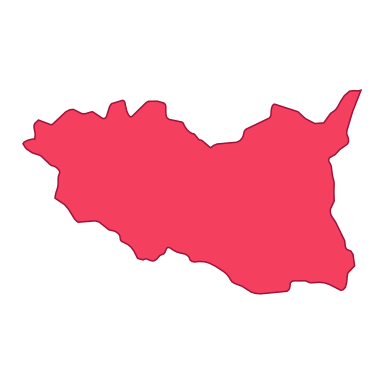 map outline of Pardubický (Mercator projection)
{"feature_id": "CZE-10373", "entity_name": "Pardubický", "entity_type": "Region", "adm_level": 1, "iso_a3": "CZE", "parent_name": "Czechia", "parent_adm1": "", "projection": "mercator", "projection_center": [16.129, 49.893], "detail": "fine", "context": "isolated", "style": "filled", "palette": "rose", "viewbox_px": 384, "rotation_deg": 0, "n_neighbors": 0, "source": "natural_earth", "source_scale": "10m", "svg_char_len": 2859}
<svg xmlns="http://www.w3.org/2000/svg" viewBox="0 0 384 384"><path d="M297.9,111.7L305.5,118.7L314.8,123.5L323.7,122.9L330.5,113.5L335.4,110.0L338.1,106.2L340.5,101.5L344.5,95.5L349.5,91.2L353.8,90.6L358.3,90.9L361.0,90.2L352.6,111.6L347.0,130.3L346.7,133.9L348.1,137.6L348.4,138.8L348.6,141.1L348.2,142.5L347.6,143.7L346.6,144.7L339.8,149.5L335.3,154.4L334.0,155.3L333.2,155.6L329.4,157.8L328.7,159.7L328.8,161.3L330.3,163.9L331.0,165.5L331.4,167.2L332.3,174.9L333.9,181.4L334.1,183.5L333.9,192.8L334.2,201.0L330.6,208.7L330.3,211.4L330.8,214.3L332.0,216.8L335.6,222.1L344.7,240.8L345.3,246.5L346.1,248.4L347.2,249.6L350.8,251.0L353.0,254.3L354.6,265.9L347.8,273.0L347.3,275.4L346.7,282.3L345.4,287.4L343.2,289.7L340.8,290.3L329.7,284.6L324.5,282.8L319.0,282.3L311.6,282.8L309.5,282.6L306.8,281.3L305.1,280.8L293.3,280.9L291.4,281.7L290.3,283.2L290.0,286.0L289.6,288.3L288.9,289.7L286.9,291.3L260.7,293.8L255.4,293.4L251.1,292.0L242.0,286.2L234.3,283.3L231.9,281.6L230.3,279.4L228.9,276.8L226.9,274.4L224.1,271.9L215.8,266.4L209.3,263.1L204.8,261.8L199.1,261.5L194.3,262.0L191.9,261.4L190.3,260.2L189.6,258.7L188.9,257.0L187.4,255.4L184.9,254.0L179.8,252.9L176.5,251.8L173.5,250.3L170.4,248.1L168.9,247.5L167.6,247.5L166.7,248.4L166.2,249.2L165.1,252.0L164.3,253.3L163.3,254.1L160.8,255.0L159.8,255.6L156.4,259.5L154.2,260.8L152.1,260.9L149.7,260.2L146.7,258.9L144.8,259.1L143.2,259.9L137.6,258.4L134.1,251.3L131.1,247.2L127.5,244.3L121.8,241.5L120.9,240.7L120.4,239.5L119.9,236.1L119.1,234.5L117.9,233.2L114.9,231.2L108.9,229.8L98.9,221.9L95.0,220.9L78.2,222.2L76.9,221.5L74.5,218.9L68.8,209.6L64.6,204.6L55.0,198.2L55.3,195.5L56.2,191.9L57.3,188.7L57.8,186.7L58.1,184.8L58.2,177.9L58.4,176.5L58.6,175.5L59.2,174.2L59.7,172.5L59.4,170.8L57.3,168.3L55.7,167.0L54.2,166.2L51.2,165.4L49.5,164.1L41.4,156.3L39.9,155.3L32.4,152.9L27.2,149.5L25.6,147.9L23.0,143.8L24.1,142.1L28.2,140.1L32.7,139.0L34.7,139.1L35.1,135.6L35.2,134.3L35.1,133.2L34.3,129.3L34.0,127.5L34.0,125.7L34.3,124.6L34.8,123.5L38.4,120.0L50.6,124.6L52.3,124.5L65.8,111.8L70.0,109.7L73.4,109.4L82.0,113.7L85.3,113.7L92.0,111.7L93.2,112.1L102.2,118.2L103.9,118.6L105.3,118.1L106.4,116.8L109.3,107.4L110.3,105.2L111.7,103.6L122.7,100.3L123.8,100.8L124.7,102.0L126.7,110.9L128.3,114.5L129.1,115.7L130.0,116.6L131.0,116.9L132.2,116.2L146.3,102.4L148.4,101.3L157.6,101.2L163.7,103.0L164.9,103.9L165.6,105.2L165.8,107.1L165.9,114.1L166.3,116.3L167.3,118.1L169.1,119.4L181.8,122.0L183.1,123.0L184.8,126.5L187.0,129.7L189.6,132.1L192.1,133.5L194.0,133.9L194.9,134.7L198.4,139.1L199.4,139.8L201.9,140.4L210.5,147.8L213.7,145.4L217.1,144.0L236.9,142.2L239.9,140.6L241.2,139.3L242.3,137.8L243.2,135.9L244.2,131.6L245.1,130.1L246.4,129.0L269.2,118.1L270.5,116.4L271.0,114.3L271.3,109.6L271.8,107.5L272.4,105.9L273.3,104.7L274.5,104.1L297.9,111.7Z" fill="#f43f5e" stroke="#9f1239" stroke-width="1.5"/></svg>